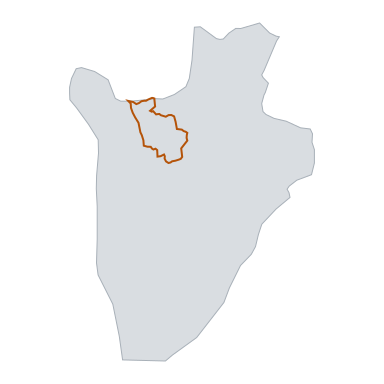 Kayanza on a map of Burundi (Natural Earth projection)
{"feature_id": "BDI-2640", "entity_name": "Kayanza", "entity_type": "Province", "adm_level": 1, "iso_a3": "BDI", "parent_name": "Burundi", "parent_adm1": "", "projection": "natural_earth1", "projection_center": [29.667, -2.994], "detail": "fine", "context": "in_parent", "style": "outline", "palette": "amber", "viewbox_px": 384, "rotation_deg": 0, "n_neighbors": 0, "source": "natural_earth", "source_scale": "10m", "svg_char_len": 1835}
<svg xmlns="http://www.w3.org/2000/svg" viewBox="0 0 384 384"><path d="M279.3,36.8L276.6,40.9L264.1,70.4L261.7,74.9L263.1,77.6L268.4,83.2L265.3,92.5L264.0,95.0L261.7,103.6L263.0,111.6L266.0,114.5L274.1,118.4L286.2,121.2L300.5,127.8L310.2,129.0L312.5,133.8L312.0,142.3L314.4,149.7L314.4,163.0L311.5,174.7L296.8,180.2L289.2,186.1L287.1,189.2L289.0,192.7L290.0,197.4L276.1,209.0L261.8,224.2L258.4,234.5L255.5,246.6L251.3,254.3L240.5,265.5L229.4,287.9L223.9,302.5L196.7,337.5L172.5,355.0L165.4,361.0L122.6,359.9L119.3,336.3L112.8,304.1L98.1,275.0L96.5,262.9L97.2,239.4L97.2,206.4L96.3,188.7L96.6,175.7L98.5,153.2L98.2,139.8L88.5,124.3L76.5,107.8L69.9,99.8L69.6,93.3L69.6,87.3L71.5,78.5L76.2,68.7L81.5,67.6L94.6,71.5L108.1,79.8L115.3,98.5L120.8,101.2L130.8,101.2L156.4,98.7L162.8,99.0L174.4,94.5L185.9,86.7L189.3,78.5L192.0,60.2L194.4,27.2L200.3,26.8L216.4,38.6L219.9,39.4L223.3,39.0L228.9,33.1L235.8,28.4L240.8,28.5L259.6,23.0L269.6,33.0L276.0,36.1L279.3,36.8Z" fill="#d9dde1" stroke="#a8b0b8" stroke-width="1"/><path d="M152.0,97.9L153.0,98.0L154.4,98.5L154.4,99.5L155.1,106.5L150.1,110.8L151.7,111.7L153.2,111.2L156.1,114.4L157.8,114.1L159.4,114.0L160.8,115.2L165.8,116.7L168.6,115.1L171.3,115.0L174.1,116.4L175.6,121.8L176.9,129.0L181.8,129.6L183.7,131.1L185.8,131.8L187.3,132.9L186.8,135.0L186.6,137.9L187.3,140.6L181.2,148.4L182.2,156.9L180.7,158.9L178.6,159.7L175.4,160.7L172.1,161.3L170.5,162.5L168.5,163.0L166.0,161.4L164.6,158.6L164.8,156.2L164.0,154.5L160.6,156.2L157.5,156.6L157.2,150.1L155.5,148.7L153.4,149.5L152.0,148.6L150.7,146.8L147.4,146.7L143.8,145.7L143.4,140.3L141.8,135.2L140.4,132.3L138.5,122.8L135.1,117.3L132.7,112.7L131.0,107.9L130.7,103.5L128.2,100.9L133.2,102.0L136.3,104.1L138.9,103.1L141.5,101.2L144.5,100.7L145.9,100.8L146.9,100.3L148.0,99.6L152.0,97.9Z" fill="none" stroke="#b45309" stroke-width="2"/></svg>